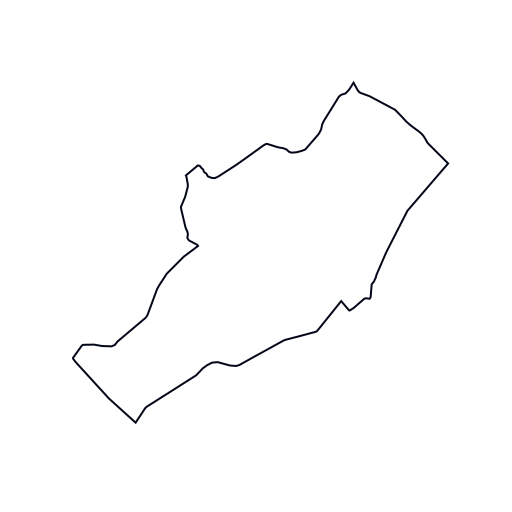 Ömnögovi, Robinson projection, rotated 319°
{"feature_id": "MNG-3298", "entity_name": "Ömnögovi", "entity_type": "Province", "adm_level": 1, "iso_a3": "MNG", "parent_name": "Mongolia", "parent_adm1": "", "projection": "robinson", "projection_center": [104.196, 43.387], "detail": "fine", "context": "isolated", "style": "outline", "palette": "ink", "viewbox_px": 512, "rotation_deg": 319, "n_neighbors": 0, "source": "natural_earth", "source_scale": "10m", "svg_char_len": 2068}
<svg xmlns="http://www.w3.org/2000/svg" viewBox="0 0 512 512"><g transform="rotate(319 256 256)"><path d="M132.6,306.8L113.3,303.9L94.1,301.0L74.9,298.1L72.7,298.1L55.8,302.8L51.5,267.0L50.3,217.7L50.5,214.0L50.8,213.2L51.2,212.8L65.6,209.4L66.3,209.4L66.9,209.5L67.6,209.9L75.6,216.6L80.8,223.0L87.7,229.4L91.0,230.5L95.3,229.7L132.1,230.2L133.2,230.0L135.5,229.3L159.4,216.2L163.1,214.8L177.1,210.8L201.1,209.1L218.9,210.4L219.0,209.4L218.6,207.9L215.7,200.6L215.7,198.7L216.3,197.0L218.6,195.2L219.3,194.2L220.2,192.5L221.0,189.6L221.8,187.7L230.1,171.9L231.5,169.7L241.3,164.9L249.4,159.4L250.8,158.1L251.8,156.8L255.1,151.2L255.6,150.2L255.9,149.2L271.5,149.5L272.4,150.7L272.7,151.1L272.7,151.4L272.7,151.7L272.6,152.8L272.6,153.6L272.8,155.9L272.8,156.2L272.7,156.6L272.6,156.9L272.2,157.7L272.1,158.0L272.0,158.4L272.0,158.8L272.0,159.2L272.2,159.8L272.4,160.3L272.5,160.8L272.5,161.5L272.2,162.9L272.0,163.5L272.0,164.0L272.0,164.6L273.9,168.1L275.1,169.4L276.3,170.3L279.8,171.3L300.9,174.3L320.5,176.2L334.1,177.4L336.9,178.0L337.9,178.6L344.0,188.5L347.2,192.4L348.5,194.8L349.1,196.3L349.1,197.4L349.2,198.7L349.9,200.2L350.7,201.4L354.5,204.2L358.2,206.1L361.9,207.6L363.4,207.9L378.3,205.8L382.5,205.2L384.7,204.6L388.2,203.2L392.3,200.1L395.7,198.6L422.9,190.2L424.3,190.1L426.5,190.4L429.9,191.9L430.8,192.0L435.6,191.5L443.3,189.2L441.5,197.8L441.4,199.5L441.6,200.6L442.1,201.9L446.4,209.6L456.9,236.9L457.4,245.9L457.6,253.0L458.3,258.4L460.8,269.8L461.1,272.1L461.2,274.4L460.9,277.1L460.4,279.8L459.8,282.3L459.7,283.8L461.7,312.2L441.1,315.2L420.6,318.2L400.0,321.2L378.4,329.9L356.8,338.6L337.8,347.7L334.3,349.4L332.2,350.9L331.5,351.2L330.6,351.5L328.2,352.7L325.4,353.1L324.6,353.4L315.6,362.2L313.6,362.8L311.8,360.6L310.7,359.7L309.7,359.3L295.6,359.3L290.9,358.6L290.6,358.0L290.7,345.9L271.9,349.3L253.0,352.7L251.6,352.5L237.4,345.6L223.3,338.6L221.8,338.0L205.1,334.4L188.4,330.8L171.7,327.3L168.8,325.9L164.6,321.7L157.4,310.9L152.8,307.6L147.3,306.3L141.9,305.9L132.6,306.8Z" fill="none" stroke="#020617" stroke-width="2"/></g></svg>